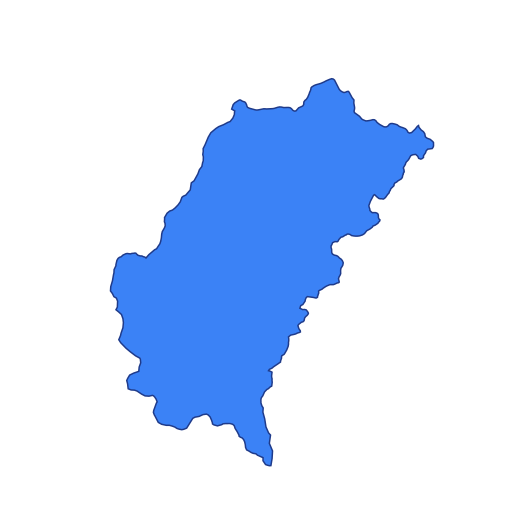 the district of Kurtoe, Lhuntshi, Bhutan, rotated 110°
{"feature_id": "84629894B57016809532633", "entity_name": "Kurtoe", "entity_type": "district", "adm_level": 2, "iso_a3": "BTN", "parent_name": "Bhutan", "parent_adm1": "Lhuntshi", "projection": "robinson", "projection_center": [90.998, 27.926], "detail": "fine", "context": "isolated", "style": "filled", "palette": "blue", "viewbox_px": 512, "rotation_deg": 110, "n_neighbors": 0, "source": "geoboundaries", "source_scale": "gbopen_adm2", "svg_char_len": 6076}
<svg xmlns="http://www.w3.org/2000/svg" viewBox="0 0 512 512"><g transform="rotate(110 256 256)"><path d="M115.2,321.7L114.8,323.6L114.8,324.5L115.7,325.5L119.3,328.3L121.5,329.2L126.3,329.1L126.9,325.6L128.2,325.4L130.5,324.7L134.3,324.9L138.5,326.3L140.1,328.2L143.7,331.4L147.2,335.3L149.9,337.3L155.6,340.6L160.6,341.5L168.7,341.9L173.2,342.4L175.6,341.4L178.9,340.7L180.8,339.4L184.7,338.1L186.5,338.1L190.5,337.5L194.2,338.7L198.8,338.7L206.5,339.9L209.4,341.8L216.4,340.4L219.8,341.7L222.8,342.8L224.7,344.8L226.2,345.7L231.0,345.7L234.6,346.7L238.6,348.5L241.4,350.2L243.3,352.5L246.2,354.2L251.2,355.1L252.3,354.6L255.1,353.8L256.5,352.6L258.8,351.6L261.2,351.7L265.1,352.4L267.7,352.1L271.4,351.1L274.7,350.6L277.4,350.5L280.5,351.3L283.2,351.9L284.8,353.4L291.3,357.1L295.5,358.7L295.0,360.2L295.2,361.5L295.0,362.9L295.1,363.6L295.5,364.7L295.7,367.3L295.3,367.8L295.3,368.3L294.5,369.7L294.6,370.8L295.0,371.3L296.0,373.5L297.0,374.8L297.7,377.9L298.4,379.1L300.6,381.3L302.9,382.5L304.0,383.9L305.5,384.8L307.7,385.2L311.9,384.7L313.1,384.3L317.3,384.7L320.5,383.7L322.4,383.5L328.4,382.4L334.5,382.0L338.6,380.8L340.4,378.1L342.8,375.6L343.3,372.8L345.8,370.6L351.5,368.8L354.4,369.2L355.5,366.0L357.0,362.4L360.4,359.6L364.0,357.8L369.0,356.5L374.7,356.4L377.1,356.1L381.6,356.3L383.8,353.4L387.1,346.6L389.0,341.4L391.0,335.0L391.7,330.3L392.5,329.4L395.8,327.8L400.3,327.8L404.5,326.7L407.9,330.9L411.1,334.0L414.8,334.7L417.2,334.9L420.1,332.9L424.5,330.7L424.6,327.6L423.6,324.3L423.6,321.5L424.9,316.3L425.4,312.4L424.3,308.6L422.4,305.7L422.4,304.5L423.2,302.9L424.7,300.9L426.9,299.0L428.3,299.3L436.1,299.3L438.1,298.9L440.2,297.1L441.0,296.1L445.8,290.9L446.4,287.1L445.8,282.5L444.7,279.4L444.5,276.6L444.5,273.8L445.1,271.2L445.0,268.8L444.6,266.3L443.6,264.7L441.5,262.3L430.2,259.9L428.3,258.2L426.2,254.6L423.2,251.6L421.5,248.5L421.7,246.6L422.9,244.1L425.4,241.7L427.4,240.1L428.7,239.4L429.1,237.7L428.8,234.1L426.2,230.5L425.0,229.6L424.0,227.6L422.3,223.1L422.1,220.4L422.8,218.5L425.2,216.6L427.5,213.6L430.2,210.7L431.1,210.3L431.6,208.8L431.7,206.8L432.7,204.9L434.5,203.1L437.0,201.5L439.5,200.3L441.4,198.5L441.7,196.0L442.3,193.3L442.4,191.2L441.9,188.5L442.7,186.4L443.1,180.4L446.0,179.4L448.7,175.7L448.7,173.9L448.5,171.7L447.9,170.3L440.9,171.6L433.5,173.8L427.5,179.4L419.3,181.1L418.0,183.6L413.2,188.2L406.1,192.1L400.4,196.1L396.3,197.3L394.8,199.2L392.4,201.1L390.8,201.7L389.6,202.2L387.8,202.5L386.7,202.3L385.1,201.8L380.8,201.5L377.6,200.1L376.6,199.1L373.7,197.6L373.1,196.8L372.6,196.8L369.1,197.6L367.0,198.6L366.0,198.8L365.4,199.3L363.5,200.3L359.7,201.2L359.4,203.1L359.5,205.0L357.9,204.6L355.9,202.6L354.1,201.6L347.3,196.7L346.3,197.0L343.0,197.1L342.4,197.5L341.0,197.7L340.3,197.0L339.6,196.7L338.9,196.0L337.8,195.7L333.8,195.0L329.9,194.9L327.7,195.3L326.2,195.9L324.6,196.2L322.8,196.8L320.9,197.8L318.5,196.4L316.7,193.5L315.6,192.0L314.2,190.7L313.0,189.0L312.2,188.3L311.1,188.8L309.6,190.9L307.1,192.8L305.8,192.6L302.7,190.7L301.8,189.4L300.4,188.7L297.5,189.1L295.8,188.5L294.4,187.7L293.0,187.2L291.8,187.2L290.7,188.4L289.5,190.3L289.6,191.9L290.4,193.9L290.1,196.9L287.3,197.0L285.6,195.4L281.5,194.4L280.5,194.7L278.4,194.7L276.6,193.9L275.3,187.9L275.0,185.4L274.7,184.8L273.7,184.1L273.0,184.4L272.2,184.3L271.1,184.4L269.3,184.4L267.6,185.2L266.7,184.7L264.6,182.6L263.2,181.8L260.8,180.0L259.8,179.1L257.6,176.7L256.5,173.6L255.7,172.6L253.6,170.5L252.9,169.3L252.4,168.9L251.6,169.1L249.2,170.7L247.3,170.8L245.0,170.4L243.6,170.4L240.8,171.5L238.7,172.0L235.2,171.3L233.5,171.5L232.4,171.8L231.0,173.1L230.3,174.1L229.7,175.3L229.4,176.8L228.6,178.3L228.2,179.4L228.1,180.9L228.4,182.6L228.0,184.8L226.9,186.0L223.7,187.3L222.5,188.3L220.8,188.9L219.4,188.6L217.3,188.6L215.5,186.8L214.8,184.5L213.8,183.9L212.3,183.8L209.3,182.6L208.3,181.1L205.8,179.2L205.4,178.5L204.2,177.8L203.7,176.4L203.6,174.8L204.1,173.3L203.7,170.9L203.2,169.0L202.4,167.0L201.6,165.5L199.8,163.2L197.8,161.7L194.4,160.6L191.7,158.2L189.2,156.6L187.8,156.3L186.3,154.6L183.5,152.6L182.5,152.5L181.2,151.8L179.7,151.8L179.2,153.0L178.1,154.1L176.3,154.8L174.9,155.6L174.3,157.1L174.4,158.7L175.5,161.6L175.1,162.9L174.2,164.6L173.1,165.0L171.4,166.4L170.0,167.2L165.5,167.2L158.7,166.3L157.8,165.5L159.1,162.6L159.9,160.2L159.8,159.0L159.2,157.4L159.0,155.9L158.0,155.0L156.6,154.3L153.3,153.4L151.1,152.5L150.1,152.7L148.2,152.3L146.7,152.3L142.7,150.4L141.7,150.8L139.9,150.5L138.4,149.1L137.0,148.4L133.9,145.9L132.7,145.5L131.7,145.4L130.3,145.7L128.5,145.6L127.9,145.9L126.2,145.5L125.8,145.9L124.7,146.2L122.9,147.6L121.9,147.6L120.1,147.2L118.5,147.0L117.3,147.1L116.2,146.9L115.2,146.4L113.3,145.6L108.8,144.9L107.3,143.4L105.9,140.7L106.9,138.2L108.6,136.5L108.6,134.3L107.9,133.4L106.2,132.3L104.5,132.9L101.0,132.0L99.1,132.1L96.9,131.2L94.8,127.2L93.3,126.8L91.9,126.8L88.7,128.0L88.0,129.0L86.8,132.2L86.8,135.4L86.1,137.6L83.3,139.3L81.9,141.2L81.1,143.9L79.3,146.9L77.8,147.9L78.9,148.7L82.3,149.8L86.8,152.0L88.0,153.8L87.7,155.6L86.6,156.7L85.8,158.0L85.3,159.3L85.2,162.1L85.3,163.9L85.2,165.7L84.4,168.3L84.5,170.6L84.9,173.4L85.6,174.9L86.7,175.8L88.4,176.3L89.9,177.4L90.6,178.9L90.8,180.2L90.1,184.8L89.1,187.9L87.8,189.8L87.5,191.4L87.9,192.8L89.4,194.9L90.9,197.6L91.5,199.0L91.4,202.0L91.1,203.5L89.3,206.5L87.6,212.5L86.4,213.4L84.0,213.7L82.6,214.2L78.8,216.4L75.9,217.3L74.3,219.9L70.3,224.4L69.7,225.5L70.2,226.6L71.4,227.8L72.3,229.2L72.3,231.0L71.8,233.1L70.9,234.8L63.8,242.4L63.3,243.9L63.5,245.5L64.8,247.2L67.5,250.1L69.1,251.5L71.5,254.0L72.5,255.3L74.5,258.1L75.9,259.7L78.1,261.4L79.2,261.8L80.6,261.5L82.4,261.4L83.7,261.6L85.4,261.5L89.2,261.7L91.6,262.3L93.0,263.2L94.9,263.7L97.4,263.0L99.1,263.4L102.2,266.6L106.0,268.1L106.7,269.4L106.5,271.2L105.4,273.1L105.0,274.8L105.4,276.6L107.0,280.6L107.4,283.3L107.9,284.9L108.8,286.4L111.0,289.3L111.8,290.7L114.2,296.3L114.6,297.8L115.1,299.2L117.9,303.8L118.6,305.2L118.9,306.6L119.4,312.7L119.2,314.8L118.4,315.7L117.2,316.5L115.7,318.0L115.1,319.2L115.2,321.7Z" fill="#3b82f6" stroke="#1e3a8a" stroke-width="1.5"/></g></svg>